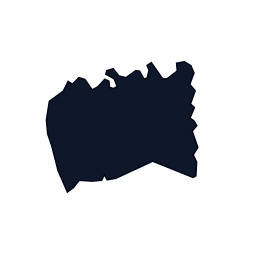 the district of Owen, Kentucky, United States of America, rotated 117°
{"feature_id": "52423323B69161309107902", "entity_name": "Owen", "entity_type": "district", "adm_level": 2, "iso_a3": "USA", "parent_name": "United States of America", "parent_adm1": "Kentucky", "projection": "natural_earth1", "projection_center": [-84.882, 38.532], "detail": "fine", "context": "isolated", "style": "filled", "palette": "ink", "viewbox_px": 256, "rotation_deg": 117, "n_neighbors": 0, "source": "geoboundaries", "source_scale": "gbopen_adm2", "svg_char_len": 845}
<svg xmlns="http://www.w3.org/2000/svg" viewBox="0 0 256 256"><g transform="rotate(117 128 128)"><path d="M113.6,202.5L124.5,202.4L139.9,210.2L158.0,204.3L169.8,196.8L178.1,188.2L197.9,170.8L212.6,152.9L205.6,149.5L196.8,147.8L191.5,135.6L186.5,127.8L180.4,127.8L183.6,123.0L178.3,116.0L146.4,91.0L142.5,47.6L139.8,45.8L127.2,51.4L122.4,57.7L113.6,57.0L101.6,69.4L94.7,67.8L91.8,72.4L90.9,77.3L79.7,78.1L78.1,83.3L64.3,85.1L61.1,92.8L49.0,94.2L44.0,100.2L43.4,107.9L48.2,114.1L54.9,110.0L66.3,115.4L68.5,119.3L59.2,136.9L63.5,139.4L67.0,135.5L74.5,133.6L77.2,135.9L72.1,143.5L73.2,147.0L84.1,152.7L85.8,159.8L81.9,168.1L86.5,172.9L90.1,172.2L90.5,162.6L95.8,156.6L99.3,158.6L100.2,163.0L95.0,166.2L95.1,170.8L104.9,173.5L110.3,177.2L104.3,188.5L105.4,194.6L114.3,197.4L113.6,202.5Z" fill="#0f172a" stroke="#020617" stroke-width="1.5"/></g></svg>